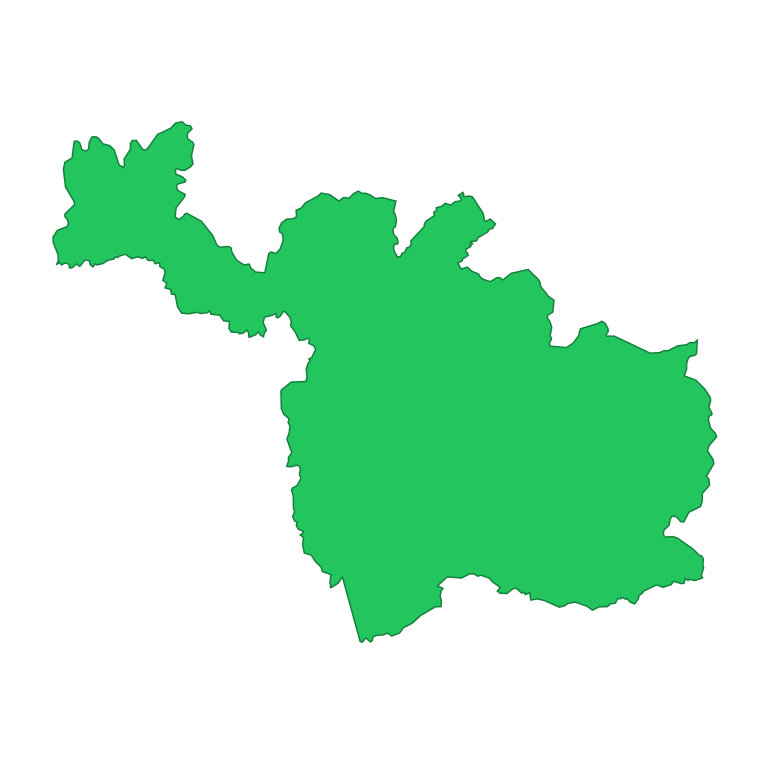 Jopala, Puebla, Mexico (Albers equal-area conic projection), rotated 181°
{"feature_id": "50627088B36485372872762", "entity_name": "Jopala", "entity_type": "district", "adm_level": 2, "iso_a3": "MEX", "parent_name": "Mexico", "parent_adm1": "Puebla", "projection": "albers", "projection_center": [-97.765, 20.202], "detail": "fine", "context": "isolated", "style": "filled", "palette": "green", "viewbox_px": 768, "rotation_deg": 181, "n_neighbors": 0, "source": "geoboundaries", "source_scale": "gbopen_adm2", "svg_char_len": 6112}
<svg xmlns="http://www.w3.org/2000/svg" viewBox="0 0 768 768"><g transform="rotate(181 384 384)"><path d="M590.2,642.6L597.0,641.2L601.4,636.2L614.7,629.6L624.6,615.1L626.9,613.8L628.9,613.9L635.9,623.2L639.8,623.1L641.7,620.2L641.7,614.2L647.8,604.4L647.3,597.6L648.5,596.0L652.7,598.5L657.9,613.4L662.5,617.6L669.3,619.2L673.2,624.2L676.0,626.0L679.7,626.1L680.9,625.0L682.9,620.5L683.5,613.9L685.8,611.7L690.1,613.0L692.5,620.0L695.2,621.6L698.0,621.2L699.8,604.6L706.9,600.1L708.3,593.4L705.9,575.4L697.0,560.9L696.4,558.1L705.9,548.5L706.1,546.2L703.2,542.3L702.4,538.8L703.5,535.9L713.3,531.9L717.5,525.1L717.1,519.3L712.0,507.3L711.8,501.4L713.7,497.4L710.8,499.9L708.3,497.4L705.5,499.3L703.1,499.1L700.7,497.8L700.7,494.8L698.1,494.6L693.3,498.7L690.7,496.3L689.7,496.8L685.5,502.3L683.5,502.8L680.8,502.1L679.7,498.1L677.1,496.0L675.0,498.9L672.9,498.1L667.0,499.6L662.3,502.9L656.2,504.2L655.0,506.3L652.3,505.9L651.0,507.3L644.9,509.2L638.3,504.9L632.7,506.9L627.5,505.4L625.1,507.0L621.9,503.4L616.5,503.6L615.0,500.3L610.5,501.3L610.1,497.4L605.6,495.0L604.9,491.0L607.0,483.7L602.9,481.0L604.6,476.3L599.1,474.9L598.1,470.2L594.4,469.8L591.7,457.3L587.7,451.4L580.2,450.8L572.0,452.4L568.1,451.2L561.7,452.3L559.8,454.1L558.1,450.7L549.5,450.0L545.5,444.4L539.6,443.8L540.0,436.9L537.5,433.2L530.5,433.0L529.2,431.6L525.3,432.7L521.9,435.4L520.4,433.0L519.9,428.6L519.0,428.5L513.5,430.8L510.3,434.0L508.5,430.8L505.3,429.1L504.6,432.7L502.5,435.8L505.9,443.3L504.7,448.8L496.2,450.9L494.6,452.6L493.3,452.4L493.0,449.1L491.4,448.4L489.3,449.6L485.9,454.6L484.5,454.9L479.4,449.1L477.8,444.9L478.4,440.7L473.6,434.3L469.5,426.1L463.8,426.9L461.5,428.4L459.3,427.6L460.0,423.4L454.9,421.0L452.9,417.7L456.6,409.3L459.5,407.6L458.2,406.0L460.4,403.1L462.1,397.2L461.1,390.4L462.0,385.2L476.8,384.3L486.6,376.2L486.9,374.8L486.2,357.5L483.7,352.0L478.3,347.6L479.2,343.8L477.3,340.6L478.0,333.4L480.1,327.2L475.0,313.8L478.4,308.8L478.0,305.8L479.8,299.9L475.5,299.6L469.4,301.3L467.6,300.6L466.1,297.7L467.0,291.5L465.5,289.5L466.3,286.2L469.5,280.6L473.5,278.6L474.7,276.3L472.8,270.8L472.3,257.6L471.1,255.0L473.0,249.9L471.2,245.8L468.6,244.3L469.2,241.0L467.1,237.3L462.2,235.4L462.1,233.7L465.1,231.6L461.7,229.2L462.6,222.3L460.7,213.6L453.8,211.7L449.2,205.0L443.7,199.9L442.3,195.3L433.9,192.6L434.6,183.7L433.2,181.5L434.3,180.1L433.4,179.4L426.3,184.1L422.2,190.4L403.4,126.3L401.2,125.4L397.9,129.8L393.0,125.9L391.4,127.0L390.5,131.1L386.7,132.6L380.1,133.2L375.9,135.0L372.0,132.2L364.0,135.3L360.6,140.4L351.3,145.6L343.5,153.1L328.8,162.1L323.1,162.4L322.9,169.0L324.2,172.5L323.5,177.4L321.5,180.7L327.1,183.0L317.4,192.2L303.1,191.4L295.0,195.7L290.4,195.6L287.0,193.5L283.6,194.5L275.4,191.7L272.1,188.1L264.0,182.5L267.1,179.0L264.3,176.9L257.4,176.6L251.8,181.4L248.2,182.1L242.9,177.5L239.9,177.9L239.1,175.9L234.6,177.9L233.5,170.6L226.7,171.8L219.8,170.3L204.8,163.9L199.5,165.4L196.2,168.0L188.8,169.2L177.0,165.3L171.6,161.5L165.1,164.9L156.8,165.3L153.7,168.1L148.8,169.0L146.7,173.6L143.6,173.3L142.8,174.9L138.4,173.0L137.3,173.8L134.3,170.4L129.7,168.5L126.0,173.3L125.4,176.8L121.4,180.0L121.4,181.2L107.8,187.9L101.4,185.6L93.5,188.4L90.8,191.8L83.3,189.6L80.5,190.1L79.4,195.0L76.6,192.9L75.7,193.9L69.4,193.0L62.1,195.7L63.4,197.7L61.2,206.0L62.0,207.7L61.7,214.8L63.3,217.6L65.6,218.1L72.1,224.3L87.7,234.9L92.4,236.5L100.6,235.8L102.0,238.4L101.7,242.5L96.4,248.0L95.4,254.2L93.6,257.0L89.3,256.3L85.0,251.6L81.8,251.3L77.0,261.0L65.3,267.1L63.8,272.4L63.8,280.1L56.8,288.6L57.5,294.5L60.0,297.4L52.8,310.1L53.6,314.1L59.5,323.0L57.8,328.2L50.5,337.1L52.0,340.7L56.7,345.5L58.9,353.4L58.7,357.3L55.8,358.9L55.6,360.5L58.7,366.4L57.1,373.7L57.8,376.7L63.3,384.6L72.1,393.2L84.0,397.4L81.7,404.1L81.8,410.1L80.2,415.1L78.4,417.0L73.9,418.0L72.1,419.6L71.5,433.2L74.7,430.6L78.7,430.8L82.3,428.5L91.0,427.3L100.7,422.2L104.6,422.2L109.2,420.1L118.5,419.5L154.6,435.9L162.4,435.7L162.8,436.9L160.7,440.6L161.0,443.3L163.9,448.4L167.3,450.5L172.0,447.9L188.6,442.6L190.3,435.6L195.5,428.3L202.2,423.6L218.8,424.8L219.3,427.5L217.3,432.1L218.7,435.6L217.3,443.5L219.0,448.9L222.0,453.1L221.4,455.8L216.5,458.8L215.5,470.7L221.2,474.6L229.0,484.2L230.0,489.0L231.9,491.6L241.9,501.0L258.8,496.9L266.9,490.1L269.7,492.1L272.9,492.3L279.6,488.2L286.3,490.3L289.4,492.2L291.4,495.7L297.9,498.1L302.8,502.3L308.6,500.4L309.8,501.8L312.2,506.3L307.9,508.5L308.0,509.9L302.1,514.2L303.0,516.7L304.3,516.8L304.5,520.1L299.6,523.0L299.6,524.8L300.9,523.3L299.9,525.6L297.9,525.7L299.6,527.9L293.9,528.7L292.8,531.7L282.9,537.9L281.4,540.7L278.3,541.3L275.3,546.0L280.5,550.7L285.1,548.4L286.2,548.9L288.0,556.6L298.7,572.5L301.4,573.4L306.9,572.8L308.1,573.5L307.5,575.1L308.6,577.0L313.0,573.7L310.4,571.3L310.2,569.5L311.3,568.3L316.2,567.5L320.4,564.0L325.9,565.8L329.4,562.7L334.8,561.1L334.5,558.3L337.2,556.8L336.6,553.2L344.7,547.7L346.5,544.6L346.4,542.2L359.6,527.6L359.3,524.1L361.7,520.8L363.6,520.5L365.8,515.5L368.2,515.1L369.6,511.8L373.0,511.1L376.5,518.1L376.8,522.0L375.6,523.9L372.7,524.4L372.4,525.8L373.5,530.2L376.7,533.4L377.6,537.2L377.5,539.6L375.2,541.7L374.4,548.2L375.8,553.9L377.5,556.2L375.3,567.1L388.8,570.3L395.6,569.3L401.2,572.7L405.6,574.4L409.2,574.2L413.0,576.4L417.3,574.1L422.5,569.0L427.5,569.9L432.2,566.1L441.5,572.4L450.2,573.8L453.3,570.7L465.7,563.8L469.8,558.5L474.9,556.2L474.4,549.9L475.7,548.8L478.2,547.5L484.1,547.2L489.3,543.3L491.7,537.8L491.0,534.2L488.8,533.1L487.8,530.9L487.3,525.5L490.3,517.0L494.3,512.7L499.2,514.0L501.5,512.4L505.1,493.1L514.5,493.7L519.2,497.7L520.9,501.5L526.1,500.7L533.2,505.0L538.3,512.9L539.4,517.6L541.8,518.8L550.4,517.9L553.6,520.2L557.9,529.6L569.5,543.6L584.0,551.2L586.2,550.5L587.3,548.3L591.8,544.9L595.8,547.3L594.9,556.7L586.7,567.6L586.2,570.1L593.6,574.0L595.1,578.5L593.6,580.4L586.6,582.4L585.7,584.3L589.3,587.6L595.9,590.3L596.2,594.9L594.2,595.6L590.7,594.1L586.7,594.3L581.2,597.7L578.8,600.8L580.5,608.5L578.3,620.1L579.6,622.5L584.4,625.6L585.1,628.6L584.6,631.4L580.4,635.8L582.0,638.7L586.9,639.5L590.2,642.6Z" fill="#22c55e" stroke="#15803d" stroke-width="1.5"/></g></svg>